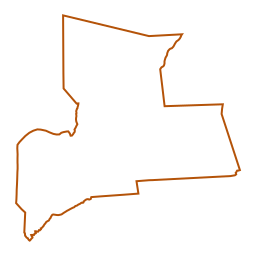 Serei Saophoan, Bântéay Méanchey, Cambodia
{"feature_id": "14789045B91793328513154", "entity_name": "Serei Saophoan", "entity_type": "district", "adm_level": 2, "iso_a3": "KHM", "parent_name": "Cambodia", "parent_adm1": "Bântéay Méanchey", "projection": "albers", "projection_center": [102.937, 13.614], "detail": "fine", "context": "isolated", "style": "outline", "palette": "amber", "viewbox_px": 256, "rotation_deg": 0, "n_neighbors": 0, "source": "geoboundaries", "source_scale": "gbopen_adm2", "svg_char_len": 2591}
<svg xmlns="http://www.w3.org/2000/svg" viewBox="0 0 256 256"><path d="M239.9,170.1L221.6,114.0L222.1,108.7L222.8,104.3L164.6,106.2L162.6,89.2L160.2,69.2L161.0,68.0L161.5,67.3L162.6,66.7L163.4,66.2L164.0,65.3L164.5,63.6L164.5,62.4L164.5,61.4L164.9,59.7L165.6,57.5L166.5,56.1L167.1,54.8L167.2,53.4L168.1,50.9L169.6,49.2L170.4,48.7L171.9,48.2L173.4,46.6L174.2,45.2L174.5,44.5L175.7,42.5L176.5,41.4L178.5,40.0L179.9,38.4L180.4,37.4L180.8,36.8L181.2,35.5L182.0,34.3L169.1,35.0L149.0,36.1L63.1,15.4L63.4,72.8L63.6,88.5L76.6,103.6L77.2,103.8L77.7,103.4L78.4,103.4L78.3,104.4L78.0,105.8L77.5,107.4L77.4,108.3L76.9,108.8L76.8,109.5L76.4,110.3L76.2,111.3L76.4,112.3L76.5,113.2L76.1,113.9L76.3,114.6L76.4,116.2L76.1,117.9L76.0,119.2L76.2,121.1L76.7,122.7L77.2,123.7L77.3,124.5L76.7,125.3L76.3,126.2L75.7,127.5L75.3,128.2L74.5,129.5L74.8,130.4L74.7,131.7L74.5,132.2L74.1,132.7L73.5,133.3L73.2,134.1L72.6,134.8L71.9,135.6L70.6,135.7L69.9,133.6L68.3,131.4L66.7,131.5L63.5,132.1L61.3,132.8L59.4,134.4L56.6,134.5L53.4,133.9L49.4,132.3L45.9,130.7L40.7,129.6L37.3,129.4L33.3,130.7L29.3,132.8L25.3,136.0L21.9,139.5L19.4,142.2L17.5,144.8L17.3,148.2L17.6,154.3L17.5,158.7L17.5,160.0L17.5,162.5L17.6,164.9L17.6,168.7L17.4,172.2L17.3,175.7L17.2,179.1L17.0,184.2L16.7,189.8L16.6,194.5L16.4,199.5L16.2,202.2L16.1,203.1L21.6,209.2L25.2,212.5L24.3,232.6L24.9,233.2L25.0,234.1L25.1,235.7L25.8,236.4L26.4,237.4L26.9,237.8L27.9,238.3L28.3,239.3L29.1,240.2L29.6,240.6L30.2,240.3L30.7,239.5L31.6,238.5L32.5,237.6L32.4,236.8L31.7,236.2L31.2,235.0L32.0,234.9L33.9,235.0L34.1,234.4L34.8,233.5L35.5,233.5L35.9,233.1L35.6,232.3L35.2,231.3L35.9,231.2L36.9,231.6L38.0,231.7L38.6,230.8L39.0,230.1L39.8,230.3L41.0,229.2L40.8,228.4L41.6,228.0L42.5,227.3L42.8,226.6L43.5,226.1L44.1,224.9L44.5,224.3L45.4,223.4L46.0,222.3L46.5,221.8L47.5,221.2L48.8,220.5L49.4,219.5L49.8,218.6L50.4,218.2L51.1,216.6L51.9,215.3L52.5,214.7L53.5,214.5L54.7,214.7L56.8,215.0L58.3,215.1L59.4,214.9L60.8,214.6L61.7,214.3L63.1,213.3L64.3,212.5L65.5,211.8L67.0,210.8L68.6,210.0L70.0,209.2L71.7,208.3L72.9,207.7L74.2,207.2L74.9,206.5L75.4,206.0L76.3,205.8L77.3,205.4L77.7,205.0L78.6,204.4L79.3,204.2L80.2,203.7L80.8,203.2L81.6,202.7L82.9,202.8L83.5,202.4L83.6,201.5L84.0,201.2L84.8,200.5L85.5,200.0L86.4,199.4L88.0,199.1L88.9,199.5L89.5,199.5L90.7,199.0L91.3,197.1L100.3,196.4L124.1,194.7L138.4,193.6L136.5,181.2L149.2,180.2L152.6,180.1L156.7,179.9L222.3,176.5L230.3,176.1L234.9,175.3L235.5,174.9L236.2,174.3L236.0,173.5L235.7,172.9L236.1,172.4L236.5,171.8L236.8,171.1L237.2,170.6L238.4,170.6L239.9,170.1Z" fill="none" stroke="#b45309" stroke-width="2"/></svg>